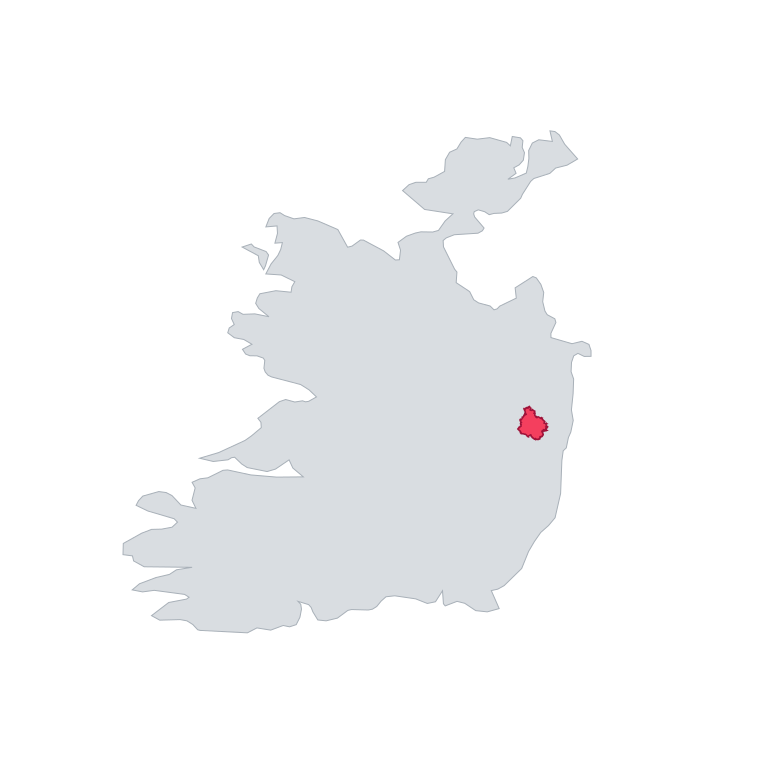 Ratoath Lea-7, Meath, Ireland (highlighted), rotated 17°
{"feature_id": "5873133B53714472852508", "entity_name": "Ratoath Lea-7", "entity_type": "district", "adm_level": 2, "iso_a3": "IRL", "parent_name": "Ireland", "parent_adm1": "Meath", "projection": "orthographic", "projection_center": [-6.561, 53.483], "detail": "fine", "context": "in_parent", "style": "filled", "palette": "rose", "viewbox_px": 768, "rotation_deg": 17, "n_neighbors": 0, "source": "geoboundaries", "source_scale": "gbopen_adm2", "svg_char_len": 8608}
<svg xmlns="http://www.w3.org/2000/svg" viewBox="0 0 768 768"><g transform="rotate(17 384 384)"><path d="M481.0,134.1L467.2,143.7L465.0,147.4L460.9,162.2L460.4,166.4L451.6,182.8L446.6,186.1L439.3,188.7L435.1,191.3L429.9,189.8L423.2,189.9L419.9,192.8L420.0,195.1L421.9,197.8L434.1,205.6L433.3,208.7L429.8,212.3L407.6,220.7L400.9,226.0L398.6,229.5L400.8,235.5L418.0,253.6L421.0,255.6L423.4,266.0L438.9,270.6L445.2,277.2L450.7,278.8L462.7,278.4L467.5,280.9L470.2,279.1L471.9,275.7L485.4,263.2L481.3,253.7L494.9,237.7L498.6,238.0L504.9,242.9L510.0,249.8L511.7,258.9L516.6,267.2L519.8,270.0L528.3,271.7L530.4,274.9L528.8,286.8L530.1,290.8L552.0,290.5L560.8,285.3L568.4,286.2L572.2,291.5L573.9,297.0L567.4,299.1L560.5,298.0L557.2,301.6L557.0,308.5L559.3,317.5L563.9,323.8L567.7,338.1L570.8,354.0L575.6,363.5L576.7,375.4L576.0,381.3L577.0,391.8L574.9,395.5L576.5,405.3L584.9,437.1L586.7,461.9L582.7,471.3L577.3,480.1L573.9,490.6L571.2,501.9L569.6,520.2L557.9,541.6L552.8,546.9L547.0,550.2L559.8,565.1L549.4,571.7L538.0,573.9L525.3,570.1L517.4,570.5L507.4,578.3L505.1,576.8L500.4,564.6L496.9,577.2L489.6,581.2L477.1,580.2L456.2,583.4L448.1,586.9L444.7,592.5L442.1,598.9L438.8,602.7L435.1,604.7L418.8,609.2L415.6,611.1L407.9,621.5L397.9,627.4L389.7,629.0L382.6,622.7L379.7,619.0L376.4,617.0L365.3,617.0L368.8,619.0L370.9,623.4L371.8,631.7L370.4,639.8L364.7,643.8L358.2,644.4L347.6,652.5L333.8,654.4L326.1,661.9L280.2,673.4L277.7,673.5L271.5,669.9L264.8,668.1L257.9,668.9L238.6,675.4L229.4,673.5L242.0,655.9L258.1,647.4L259.9,644.9L254.8,643.5L224.6,648.5L213.9,653.4L203.4,654.5L208.6,646.5L222.6,635.7L234.5,628.8L239.8,622.4L254.1,615.4L208.1,628.9L196.3,626.4L193.7,621.9L184.3,623.5L181.3,612.7L195.9,597.5L204.2,591.0L213.8,587.8L223.2,582.9L226.9,576.5L222.7,574.2L195.4,574.5L182.4,572.5L183.4,567.3L186.1,561.7L200.1,552.7L207.4,551.5L213.9,552.7L225.1,559.1L240.5,557.9L234.4,551.3L233.8,538.6L229.2,534.1L235.7,528.5L243.0,525.2L255.3,513.6L259.6,511.9L283.2,509.9L308.7,504.4L334.0,496.4L321.4,491.0L315.4,484.3L305.1,497.1L297.8,501.9L277.6,503.9L271.3,502.1L262.6,497.7L259.7,499.1L257.0,502.1L243.4,508.0L229.4,508.9L246.1,497.8L267.6,478.6L272.4,472.4L279.4,461.6L277.5,456.6L273.4,453.7L289.1,431.5L294.5,427.6L304.0,427.3L311.0,423.9L314.1,424.0L316.9,422.7L323.2,416.1L314.0,411.5L304.4,408.9L274.4,410.1L270.5,409.5L266.9,407.2L264.6,404.1L263.1,396.3L261.0,394.5L254.3,394.2L247.5,396.2L242.9,395.8L238.5,392.2L246.1,384.6L236.9,382.4L227.3,383.5L219.6,380.7L219.6,375.7L223.4,370.9L219.0,366.0L218.3,360.0L223.4,357.4L228.8,358.6L240.0,354.7L254.3,353.3L242.3,348.4L237.7,344.4L237.7,338.8L238.9,334.0L253.3,326.4L268.3,323.4L267.5,318.0L268.8,312.2L253.8,309.8L238.8,313.3L240.9,302.2L244.9,292.2L245.9,285.6L245.5,278.5L238.5,281.2L238.1,271.1L235.5,264.1L225.1,268.3L225.8,259.3L229.0,253.1L234.5,250.6L239.7,252.0L249.6,252.4L259.3,248.0L273.0,247.4L294.7,249.8L309.2,263.8L313.1,261.5L319.4,253.2L322.3,252.4L344.7,256.8L358.6,262.1L362.4,260.7L360.7,251.2L356.0,244.5L362.3,236.1L369.8,230.5L374.8,227.7L386.2,224.4L391.2,221.2L394.8,210.2L400.2,201.1L371.8,205.2L345.2,193.6L349.7,186.0L355.5,181.8L365.4,178.8L366.4,174.8L371.4,171.6L379.8,163.0L377.1,151.5L379.0,143.2L385.0,137.9L387.0,130.1L389.7,124.4L401.6,122.6L413.1,117.5L430.6,117.1L435.2,119.3L434.3,109.8L442.5,108.7L445.7,110.7L447.0,117.4L450.7,121.7L451.8,129.2L449.2,134.9L444.9,139.3L448.7,143.9L442.6,152.0L449.1,148.6L458.4,140.7L458.0,134.1L456.6,125.9L454.1,118.4L455.4,110.2L460.6,105.2L474.1,102.8L468.7,93.4L473.6,92.6L478.9,94.6L486.7,101.9L503.4,112.2L495.1,121.2L485.0,127.3L481.0,134.1ZM236.1,305.6L235.5,309.9L229.2,304.2L226.3,298.1L208.3,294.5L216.2,288.9L219.7,290.9L232.5,291.8L235.9,294.4L236.1,305.6Z" fill="#d9dde1" stroke="#a8b0b8" stroke-width="1"/><path d="M528.9,364.2L528.9,364.3L528.9,364.5L528.8,364.8L528.7,364.8L528.7,365.0L528.4,364.9L528.1,364.4L527.6,364.6L527.4,364.8L527.6,365.0L527.2,365.1L527.4,365.3L527.1,365.7L526.7,365.9L526.5,366.3L526.6,366.5L526.3,367.0L525.1,366.5L525.0,366.8L525.3,366.9L525.3,367.0L525.5,367.3L525.9,367.4L526.1,367.3L526.4,367.9L526.3,368.3L526.5,368.3L526.9,368.9L527.1,369.0L527.1,369.3L527.3,369.7L527.6,370.1L527.2,370.8L527.6,371.3L527.5,371.6L527.8,371.4L527.9,371.6L527.7,371.7L528.1,371.6L528.0,371.8L527.7,372.0L527.8,372.1L527.7,372.2L527.4,372.3L527.2,372.6L526.9,373.0L527.3,373.3L527.0,373.9L527.0,374.3L526.3,375.0L526.5,375.3L526.4,375.4L526.5,375.7L526.4,375.9L526.0,375.8L526.1,376.1L526.1,376.7L526.0,377.3L525.6,378.0L525.3,378.0L524.7,377.8L524.6,378.1L524.8,378.2L524.6,378.3L524.7,378.5L524.8,378.8L525.2,379.0L524.9,379.4L525.0,379.5L525.3,379.5L525.6,379.7L525.9,380.0L526.0,380.2L526.0,380.4L526.5,380.6L526.1,381.0L526.1,381.7L526.1,381.8L526.3,381.8L526.4,382.2L526.5,382.1L527.2,382.8L527.1,383.3L527.2,383.6L527.1,384.1L527.0,384.3L527.2,384.5L526.6,384.8L526.7,385.0L526.6,385.4L526.4,385.6L526.4,385.8L526.2,385.8L526.2,386.0L525.8,386.0L525.8,386.3L525.7,386.3L525.7,386.5L525.6,386.8L525.5,387.0L525.3,387.2L525.2,387.6L525.1,387.9L525.2,388.0L525.3,388.0L525.5,388.1L525.8,388.1L525.9,388.3L526.1,388.3L526.4,388.6L526.7,388.7L527.0,388.8L526.9,388.9L527.0,389.0L527.3,389.2L527.5,389.2L527.8,389.3L527.9,389.2L528.2,389.3L528.3,389.4L528.3,389.6L528.4,389.8L528.5,389.8L528.5,390.4L528.6,390.7L528.8,390.8L529.6,391.3L529.7,391.1L529.8,391.3L531.3,391.0L531.5,390.9L531.7,391.0L532.2,390.8L532.4,390.9L532.5,390.9L533.3,390.9L533.6,390.7L533.9,390.9L534.3,390.9L535.1,391.1L535.7,391.6L536.0,391.9L536.3,392.0L536.9,392.1L537.0,392.3L537.4,392.3L537.1,391.9L537.2,391.6L537.6,391.4L537.7,391.2L538.2,390.8L538.6,390.1L539.0,389.8L539.1,389.7L539.3,389.7L539.4,390.0L539.5,390.1L539.9,390.4L539.9,390.8L540.0,391.0L540.6,391.4L541.4,391.4L541.5,391.5L541.5,391.8L541.6,392.0L541.8,392.1L542.0,392.0L542.1,391.9L542.8,392.2L542.8,392.3L543.4,392.5L543.7,392.7L543.9,392.9L544.0,392.9L544.3,392.5L544.5,392.5L544.6,392.2L544.8,392.4L544.8,392.0L545.3,392.1L546.1,392.4L546.3,392.2L546.6,392.3L546.8,392.1L547.0,392.1L547.3,392.1L547.3,391.9L547.6,391.8L547.7,391.7L547.8,391.8L548.0,391.5L548.3,391.4L548.2,391.3L548.5,390.9L548.6,390.5L548.9,390.5L548.8,390.3L548.8,390.2L549.0,389.9L548.9,389.8L548.8,389.5L549.0,389.4L548.9,389.2L549.2,389.0L549.4,389.0L549.5,388.9L549.3,388.8L549.1,388.8L549.0,388.7L549.4,388.6L549.4,388.4L549.5,388.3L549.8,388.3L550.6,387.9L550.6,387.4L550.5,387.2L550.6,386.9L550.9,386.8L550.9,386.6L550.8,386.3L550.9,386.1L551.1,386.0L551.1,385.8L551.0,385.6L550.7,385.2L550.6,385.3L550.5,385.1L550.1,384.8L550.1,384.6L550.1,384.4L549.9,384.2L549.7,383.9L549.5,383.7L549.3,383.7L549.1,383.5L548.9,383.5L549.0,382.9L549.0,382.7L549.4,382.8L549.6,382.5L549.8,382.5L550.1,382.7L550.2,382.3L549.6,382.1L549.7,381.9L549.7,381.6L549.8,381.4L549.8,381.2L550.2,381.3L550.3,381.1L550.4,380.9L550.8,380.9L550.9,381.1L550.7,381.8L550.9,381.9L551.4,382.0L551.4,381.8L551.8,381.3L551.8,381.2L552.2,381.3L552.3,381.1L552.6,381.2L553.0,381.1L553.1,380.8L553.3,380.7L553.0,380.6L552.8,380.4L552.5,380.1L552.4,379.9L551.9,379.7L552.0,379.5L552.1,379.0L552.0,378.9L551.6,378.8L551.6,378.6L551.7,378.4L551.8,378.2L552.0,378.2L551.8,378.0L551.7,377.9L551.9,377.9L552.2,378.1L552.2,377.9L552.4,377.9L552.5,377.7L552.8,377.1L553.0,377.2L553.0,376.9L552.8,376.8L551.8,376.7L551.4,376.4L551.1,376.0L550.9,375.7L550.8,375.2L551.0,374.7L550.8,374.5L550.8,374.4L551.0,374.6L551.3,374.4L550.9,374.3L550.7,374.5L550.4,374.6L550.0,374.6L549.6,374.6L549.1,374.5L548.8,374.6L548.5,374.6L548.6,373.7L548.6,373.3L548.7,372.8L547.9,372.6L547.7,372.3L547.4,372.3L546.9,371.9L546.4,371.9L546.2,371.8L546.0,371.6L545.9,371.5L545.9,371.4L545.6,371.3L545.5,371.2L545.3,370.9L545.4,370.3L545.2,370.3L544.9,370.3L544.3,370.1L544.1,370.7L544.1,370.9L544.1,371.0L543.4,371.0L543.1,370.7L542.4,370.6L541.8,370.4L541.0,370.3L540.9,370.3L540.4,371.0L540.3,370.8L540.1,370.9L540.1,371.0L539.9,370.9L539.5,370.7L539.5,370.8L539.2,370.9L539.3,371.3L538.9,371.2L538.0,370.4L537.9,370.2L537.4,370.0L537.1,369.4L537.1,369.2L537.2,368.6L537.0,367.8L536.4,368.0L536.4,367.9L536.1,367.9L536.3,367.4L536.2,367.3L536.1,366.8L535.9,366.2L536.2,366.1L536.2,365.9L535.7,365.8L535.4,365.8L534.8,365.6L533.8,365.4L533.8,365.2L533.6,365.1L533.5,365.5L533.1,365.6L533.1,366.0L532.9,366.1L531.5,366.3L531.2,365.8L531.3,365.6L531.5,365.3L531.6,364.5L531.6,364.2L530.7,364.0L529.9,363.4L529.7,363.3L529.8,363.0L529.6,362.9L529.4,363.1L528.9,363.7L528.9,363.9L529.0,364.2L528.9,364.3L528.9,364.2ZM528.3,371.3L528.5,371.6L528.6,371.4L528.7,371.5L528.4,371.6L528.3,371.3ZM528.1,371.4L528.2,371.5L528.1,371.4Z" fill="#f43f5e" stroke="#9f1239" stroke-width="1.5"/></g></svg>